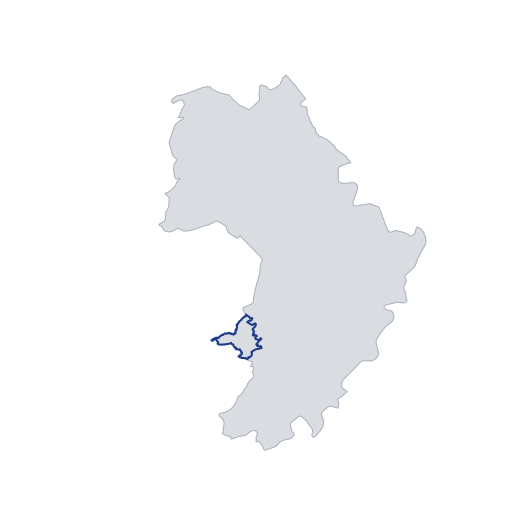 Gueckedou, Guéckédou, Guinea shown in context, rotated 46°
{"feature_id": "49546643B20526276358370", "entity_name": "Gueckedou", "entity_type": "district", "adm_level": 2, "iso_a3": "GIN", "parent_name": "Guinea", "parent_adm1": "Guéckédou", "projection": "natural_earth1", "projection_center": [-10.315, 8.69], "detail": "fine", "context": "in_parent", "style": "outline", "palette": "blue", "viewbox_px": 512, "rotation_deg": 46, "n_neighbors": 0, "source": "geoboundaries", "source_scale": "gbopen_adm2", "svg_char_len": 8880}
<svg xmlns="http://www.w3.org/2000/svg" viewBox="0 0 512 512"><g transform="rotate(46 256 256)"><path d="M306.1,334.8L302.5,334.3L300.9,335.1L296.2,341.5L293.3,344.0L288.9,343.2L287.3,343.7L286.1,342.9L287.8,339.4L290.0,332.4L295.9,325.4L296.0,323.9L293.6,319.8L291.1,314.2L291.1,308.2L290.6,303.9L285.5,302.6L284.5,301.9L284.4,300.4L287.3,293.0L287.5,291.4L287.2,290.1L284.0,286.3L279.1,279.2L270.6,264.6L267.4,261.5L264.4,257.1L263.3,254.3L260.1,253.3L230.6,253.5L230.0,257.3L219.8,259.8L213.5,256.9L206.6,258.6L203.2,260.5L200.5,269.0L199.0,270.8L197.5,274.6L196.2,276.7L194.6,280.9L191.3,286.9L187.8,290.7L181.9,292.8L180.0,299.1L178.6,301.5L176.4,303.3L173.9,304.5L169.1,303.3L166.4,304.4L165.9,302.8L167.4,297.8L166.2,295.3L161.6,290.1L161.2,287.6L159.7,284.4L153.6,277.7L147.9,278.1L149.5,272.6L149.5,265.2L147.5,261.1L148.0,257.0L147.0,257.2L145.1,260.1L142.0,259.2L135.8,254.8L132.7,250.5L132.3,246.9L131.6,245.5L129.7,246.2L125.8,246.1L113.9,239.7L105.5,223.4L105.3,219.7L106.6,213.4L106.3,211.7L102.4,215.9L101.6,213.1L98.7,206.5L97.9,202.8L95.0,201.1L92.7,200.8L91.0,202.1L88.6,209.7L86.9,209.7L85.1,208.0L85.5,202.3L90.1,195.2L97.8,177.2L100.6,173.1L102.3,171.6L105.9,171.5L113.0,169.1L121.7,163.5L128.3,163.9L136.1,163.2L146.3,159.3L146.5,147.3L146.1,144.6L142.5,142.1L140.4,140.1L138.6,137.4L136.4,135.5L136.5,133.5L141.0,130.9L145.2,130.9L146.6,129.9L147.6,128.2L148.8,123.8L149.2,119.2L146.5,113.1L146.7,108.7L161.6,109.3L169.8,110.5L176.6,110.9L177.6,111.9L176.7,116.1L177.5,118.6L179.8,119.3L183.6,116.3L185.5,117.0L189.7,120.7L193.6,121.7L197.9,123.7L201.9,124.8L205.5,124.7L208.2,126.7L213.1,127.4L219.6,124.7L224.7,123.6L231.8,123.3L235.5,124.2L246.4,122.1L254.9,123.2L253.5,124.7L249.6,134.4L250.1,136.1L258.8,144.3L260.8,144.9L263.2,143.7L266.9,140.0L269.8,135.9L272.7,133.9L276.0,134.0L278.6,136.9L284.8,149.0L286.3,150.6L287.8,150.5L290.5,148.3L291.9,145.6L297.6,137.6L306.4,133.6L327.5,142.8L330.6,143.5L332.4,142.8L335.0,137.4L342.9,132.7L346.7,131.5L348.9,131.3L349.7,129.8L350.1,127.6L349.7,125.3L347.2,121.2L347.1,120.0L348.5,119.2L351.5,118.6L355.5,119.0L359.9,120.8L363.4,123.4L365.5,126.4L369.4,139.2L373.9,149.3L373.7,162.7L375.7,164.1L377.8,164.7L378.8,165.7L381.0,171.3L383.0,172.9L385.5,173.3L390.0,176.8L392.9,178.2L393.4,179.3L393.3,180.8L392.1,182.6L387.7,186.4L385.6,189.5L381.1,197.2L381.0,198.6L381.9,199.6L383.8,199.8L385.7,199.3L389.9,196.5L393.1,197.5L396.2,199.6L397.4,201.8L397.7,204.7L397.0,208.4L396.9,212.6L397.9,219.7L399.6,226.8L401.2,229.4L411.6,235.7L412.6,238.1L413.1,240.7L412.4,244.3L411.3,246.3L405.6,251.9L404.8,254.5L405.2,259.5L405.7,280.3L407.9,283.8L410.6,285.6L416.8,284.6L416.7,290.4L415.8,296.9L419.5,298.9L421.3,300.8L422.4,302.7L416.6,306.1L414.9,308.1L414.2,313.6L414.4,318.6L422.1,322.1L425.1,326.3L426.4,330.7L426.9,338.9L426.2,340.7L424.2,340.8L420.3,335.8L414.3,335.2L409.8,334.3L402.4,334.9L401.1,336.4L400.2,347.3L402.0,349.2L405.6,351.2L407.9,352.1L409.9,351.9L411.4,353.2L411.7,356.8L410.7,359.4L408.7,361.9L406.3,368.1L406.8,373.9L402.6,383.1L401.4,384.9L395.8,383.1L392.2,382.5L389.6,384.8L385.9,381.2L385.3,378.4L383.9,377.8L381.5,377.8L379.3,379.4L378.3,382.3L377.8,388.2L373.7,393.8L370.8,400.8L367.5,400.1L366.8,401.0L363.3,402.8L360.3,403.3L359.4,401.4L357.7,399.9L355.7,397.0L353.5,394.6L349.2,392.9L347.5,393.7L345.5,393.5L344.1,392.5L344.3,391.1L346.6,387.5L347.9,384.1L348.6,380.5L348.5,377.0L347.3,372.1L345.4,368.2L344.9,365.9L345.2,362.7L344.7,359.8L344.1,358.2L343.2,352.5L342.1,351.5L341.4,347.0L341.6,342.3L339.9,340.6L337.3,339.3L335.8,337.5L334.8,335.5L333.9,334.9L333.1,335.0L332.4,336.3L331.5,336.5L330.0,332.2L329.3,332.0L328.3,333.0L316.2,337.8L314.7,333.7L312.4,333.0L308.4,334.6L306.1,334.8Z" fill="#d9dde1" stroke="#a8b0b8" stroke-width="1"/><path d="M291.4,303.9L291.6,304.1L292.1,304.7L292.1,305.1L292.0,305.3L292.0,306.2L292.0,306.3L291.9,306.4L291.7,306.6L291.6,306.9L291.5,308.1L291.4,308.5L291.5,309.0L291.4,309.3L291.6,310.4L291.7,310.7L291.6,311.0L291.7,311.6L291.7,312.0L291.5,313.0L291.7,313.8L292.0,315.7L291.9,316.0L292.1,316.7L292.0,316.9L292.0,317.6L292.1,317.8L292.3,317.7L292.3,317.8L292.5,317.9L292.9,317.8L293.1,318.2L294.3,319.3L294.7,320.2L294.7,320.3L294.8,321.0L295.5,321.1L295.5,321.3L295.2,321.6L295.4,322.0L295.7,322.4L295.5,322.7L296.3,323.1L296.7,323.8L296.8,324.3L297.1,324.3L297.4,324.6L297.0,325.4L296.8,325.8L297.0,326.1L297.0,326.5L296.9,326.5L296.1,327.0L295.9,327.3L295.3,327.7L295.2,327.8L294.9,328.1L294.6,327.9L293.9,328.0L293.7,328.3L293.2,328.5L292.9,328.9L292.6,328.8L292.4,328.8L292.2,329.0L292.2,330.0L291.8,330.3L291.6,330.6L291.2,331.4L291.0,331.6L290.9,331.6L290.5,331.7L290.3,331.8L290.3,332.1L290.2,332.3L290.0,333.1L289.9,333.4L289.8,333.8L290.0,334.3L289.9,334.5L289.6,334.4L289.5,334.7L289.5,334.9L289.4,335.1L289.1,335.2L289.0,335.3L289.0,335.7L289.0,336.1L289.0,336.3L288.9,336.4L288.9,337.0L288.7,338.1L288.9,338.6L288.9,339.4L288.9,340.0L288.7,340.2L288.4,340.4L288.1,340.8L287.9,341.0L287.1,341.4L286.9,341.6L286.8,341.9L286.7,342.3L286.7,342.7L286.6,343.0L286.4,343.5L285.9,344.6L286.1,345.8L285.9,346.0L285.8,346.4L286.0,346.4L286.4,346.3L286.7,346.3L286.7,345.2L286.8,344.8L286.8,344.6L287.1,344.4L287.3,343.6L287.9,342.6L288.2,342.6L288.4,342.6L288.7,342.6L289.8,343.0L291.5,343.1L292.0,343.4L292.2,344.2L292.3,344.4L292.9,344.4L293.2,344.5L293.5,344.4L294.2,343.9L295.0,343.2L295.4,342.9L296.4,341.8L296.7,341.2L297.0,340.9L297.3,340.7L297.6,340.2L298.2,339.7L298.5,339.2L299.2,337.8L299.3,337.7L299.5,337.5L299.8,337.2L300.2,336.8L300.2,336.7L300.6,335.9L300.9,335.3L301.0,335.1L301.1,334.7L301.3,334.4L301.9,334.7L302.3,334.7L302.8,334.5L303.1,334.2L303.3,334.2L303.6,334.0L303.8,333.9L304.0,334.0L304.3,334.1L305.2,334.6L305.8,334.8L306.3,334.5L306.7,334.5L307.0,334.7L307.5,334.5L307.8,334.5L308.0,334.7L308.3,334.3L308.4,334.2L308.6,334.2L308.6,334.3L308.5,334.8L308.6,335.0L309.1,335.1L309.3,335.1L309.6,334.8L309.8,334.4L310.2,334.1L310.6,333.8L311.3,333.3L311.6,333.3L311.6,333.2L311.7,332.8L311.9,332.6L312.4,333.0L312.6,332.8L312.8,332.8L313.2,332.7L313.4,332.7L313.6,332.8L313.8,332.8L314.2,332.9L314.5,333.2L314.9,333.1L315.2,333.1L315.3,333.2L315.5,333.2L315.5,333.4L315.6,333.6L315.9,333.7L316.2,333.7L316.4,333.9L316.7,334.3L316.8,334.4L316.8,334.6L316.6,335.8L316.5,336.0L316.3,336.4L316.3,336.5L316.2,336.9L316.1,337.8L316.1,338.2L316.3,338.3L316.7,338.3L317.5,337.8L317.9,337.7L318.0,337.7L318.5,337.2L318.9,337.3L319.0,337.3L319.3,337.3L319.5,337.2L319.8,336.9L320.2,336.3L320.3,336.2L320.4,335.9L320.8,335.8L321.3,335.3L321.7,334.9L321.8,334.9L322.0,334.9L322.3,334.5L323.0,334.1L324.0,334.0L324.1,333.7L324.1,333.4L324.0,333.2L324.2,332.6L324.1,332.2L323.8,332.1L323.5,331.8L323.6,331.5L323.9,331.3L324.5,331.1L324.6,330.7L324.5,329.9L324.4,329.0L324.6,328.6L324.5,328.2L324.1,327.6L323.8,327.2L323.5,326.9L323.3,326.6L322.8,326.3L322.3,326.3L322.0,326.0L322.0,325.3L322.0,324.8L322.3,323.8L322.5,323.1L322.5,322.5L322.7,321.6L323.1,321.0L323.5,320.1L323.7,319.5L324.0,319.4L324.6,318.8L324.8,317.9L324.9,317.5L325.2,317.1L325.5,316.6L325.9,316.5L326.0,315.9L325.8,315.9L325.7,315.9L325.4,315.8L325.1,315.5L324.8,315.2L324.6,315.3L323.9,315.4L323.9,315.9L323.7,316.2L323.2,316.4L322.7,316.8L322.1,317.1L321.9,317.0L321.4,317.3L321.2,316.8L320.8,317.1L320.5,317.4L319.9,317.2L319.7,316.9L319.7,316.3L319.7,315.6L319.4,315.1L319.4,314.7L319.5,314.3L319.4,313.7L319.3,313.1L319.2,312.5L319.2,311.9L319.4,311.3L319.4,310.2L319.2,309.7L318.8,309.6L318.4,310.0L318.5,310.4L318.5,310.9L318.3,311.2L318.2,311.7L318.0,312.3L317.9,312.6L317.7,312.8L317.1,313.1L316.5,313.4L316.0,313.8L315.7,314.0L315.3,313.9L314.9,313.7L314.5,313.5L314.2,313.4L314.1,312.9L314.1,312.4L314.2,311.9L314.3,311.4L314.1,311.0L313.8,310.9L313.5,310.9L313.3,311.0L313.2,311.2L312.9,311.5L312.4,311.6L312.3,312.0L312.0,312.5L311.6,312.9L311.3,313.1L310.9,313.3L310.6,313.1L310.6,312.8L310.6,312.2L310.5,311.6L310.2,311.6L309.7,311.6L309.4,311.3L309.3,310.8L309.2,310.3L309.0,309.9L308.8,309.7L308.4,309.7L307.8,309.8L307.5,309.8L307.3,309.6L307.0,309.4L306.5,309.4L306.3,309.2L306.2,308.6L306.1,308.4L306.1,307.9L306.2,307.4L306.2,306.8L306.1,306.4L306.1,306.1L306.2,305.9L306.1,305.4L306.0,305.0L305.6,304.4L305.3,303.8L304.8,303.4L304.0,303.4L303.7,303.7L303.5,304.2L303.5,304.6L303.5,304.8L303.4,305.4L303.4,305.9L303.3,306.3L302.9,306.6L302.4,306.8L302.1,306.9L301.8,307.0L301.5,307.3L301.1,307.3L300.6,307.5L300.1,307.6L299.8,307.7L299.5,307.7L299.2,307.8L298.9,307.9L298.6,308.0L298.4,308.0L298.1,308.1L297.5,308.1L297.5,307.0L297.5,306.6L297.6,306.2L298.0,305.6L298.6,305.1L298.9,304.7L299.0,304.4L299.0,304.1L299.0,303.7L298.8,303.2L298.5,302.8L298.2,302.2L298.1,301.6L298.1,301.1L297.9,301.9L297.5,302.7L297.1,303.3L296.5,303.5L296.0,303.2L294.7,303.3L294.0,303.4L293.5,303.5L293.1,303.6L292.7,304.1L292.5,304.3L292.4,304.2L292.2,304.0L291.7,303.7L291.4,303.9Z" fill="none" stroke="#1e3a8a" stroke-width="2"/></g></svg>